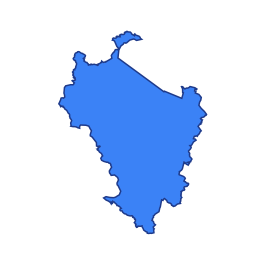 Arandas, Jalisco, Mexico, rotated 113°
{"feature_id": "50627088B62957650950334", "entity_name": "Arandas", "entity_type": "district", "adm_level": 2, "iso_a3": "MEX", "parent_name": "Mexico", "parent_adm1": "Jalisco", "projection": "equal_earth", "projection_center": [-102.317, 20.749], "detail": "fine", "context": "isolated", "style": "filled", "palette": "blue", "viewbox_px": 256, "rotation_deg": 113, "n_neighbors": 0, "source": "geoboundaries", "source_scale": "gbopen_adm2", "svg_char_len": 5749}
<svg xmlns="http://www.w3.org/2000/svg" viewBox="0 0 256 256"><g transform="rotate(113 128 128)"><path d="M216.1,81.3L215.8,80.9L215.3,81.2L215.1,80.6L214.7,80.5L214.8,80.3L214.2,80.0L213.8,78.5L212.8,77.0L213.0,77.0L214.7,74.7L215.8,73.7L216.4,71.2L216.4,69.6L217.3,69.2L217.0,67.7L216.2,66.5L215.8,65.2L214.3,63.2L211.5,64.7L210.6,64.4L210.2,65.4L209.2,66.1L206.4,64.9L205.9,66.5L205.5,67.0L204.2,68.0L203.6,69.9L202.6,69.7L201.7,70.1L200.2,69.6L199.0,70.3L197.9,69.6L196.9,69.5L192.9,66.8L189.1,67.5L188.1,67.4L181.0,69.0L181.0,67.5L180.0,67.5L178.7,67.0L178.7,66.5L179.2,65.6L179.4,64.2L180.8,62.8L181.0,60.8L180.7,60.2L180.8,59.1L181.3,58.1L181.7,58.1L182.1,57.6L182.0,56.4L182.3,56.2L182.5,55.6L181.4,54.2L178.7,52.8L176.9,50.2L176.1,51.1L174.9,50.9L174.5,51.2L173.6,51.2L172.6,51.8L170.9,51.3L170.5,52.2L169.5,53.0L168.8,52.8L168.3,53.5L166.8,53.5L165.8,54.4L165.3,54.2L164.8,53.4L163.8,53.1L163.6,52.2L162.9,51.8L162.3,51.9L161.4,53.1L160.1,53.1L158.6,50.8L157.9,50.9L157.2,50.3L155.8,50.3L155.3,51.4L155.9,52.0L155.4,53.5L155.0,54.1L155.2,54.8L155.0,55.8L151.9,55.6L151.2,56.8L150.9,58.2L151.0,62.7L150.3,63.1L148.9,63.2L148.3,63.7L145.9,62.3L144.3,62.0L137.5,63.1L137.6,62.2L138.4,61.8L138.2,60.8L138.6,59.7L138.5,58.9L138.7,58.1L136.2,57.7L136.3,59.6L134.4,57.1L133.6,57.3L131.6,57.0L130.6,58.8L130.3,59.8L129.9,60.3L128.8,60.7L128.7,61.0L127.2,61.3L126.4,62.7L125.5,63.3L122.8,62.3L121.3,62.2L120.9,62.4L120.0,64.1L119.5,63.1L118.7,62.7L115.3,62.3L112.6,60.6L112.0,61.6L112.3,63.6L109.8,63.7L109.4,63.2L109.4,62.9L108.5,62.0L108.6,61.0L106.5,60.7L105.5,60.1L103.4,60.1L102.0,59.5L99.5,63.6L99.0,63.8L99.0,64.1L97.8,63.9L95.7,62.4L95.6,63.2L93.7,62.4L93.6,62.9L91.5,62.7L91.7,63.8L90.9,64.9L90.3,64.3L89.7,64.5L89.2,63.6L88.1,62.4L86.4,61.7L86.1,61.8L85.8,61.1L84.8,61.0L82.9,64.2L81.3,68.3L79.4,71.6L76.2,72.2L73.9,71.9L71.2,72.5L69.4,75.9L69.5,79.7L67.8,79.8L67.9,81.2L65.9,81.5L65.9,79.9L65.2,79.8L64.8,82.2L65.6,87.1L66.8,87.6L68.0,88.7L68.4,89.8L69.8,90.9L69.3,92.6L69.1,92.9L69.2,93.3L68.7,93.6L68.8,94.6L69.0,94.9L70.6,93.1L74.1,91.5L74.0,90.8L79.7,90.1L79.9,108.9L80.6,109.1L67.5,164.6L59.8,166.9L55.3,166.6L52.7,165.1L51.4,165.0L50.7,164.0L50.8,163.3L50.2,162.6L46.4,160.7L44.0,157.8L43.7,156.5L44.0,155.1L44.0,154.3L41.0,150.1L40.7,151.4L39.6,152.6L39.2,153.7L39.4,157.4L38.7,158.5L39.1,158.7L40.5,158.2L40.1,161.2L39.5,161.8L38.8,163.3L39.6,165.8L39.4,166.7L40.0,166.9L40.7,168.1L41.3,168.3L41.4,168.0L41.9,168.4L42.3,168.0L43.2,168.2L43.9,169.0L44.2,170.5L44.9,171.4L45.3,171.2L45.8,171.9L46.7,171.2L46.6,171.8L47.2,172.2L47.5,172.0L47.7,173.1L48.2,173.4L47.8,174.0L48.4,174.5L49.3,173.9L49.6,174.0L50.4,174.9L50.9,176.7L51.9,177.0L52.4,176.5L53.2,176.7L53.0,175.0L53.6,174.0L57.4,170.0L57.6,169.2L58.1,168.8L58.1,168.1L58.8,167.8L58.8,167.4L59.9,167.6L60.4,169.7L61.0,170.3L63.3,170.4L63.5,170.7L64.4,170.9L64.8,171.2L67.7,171.7L70.2,170.1L75.1,173.8L75.4,174.3L76.1,174.3L76.5,175.4L77.3,176.4L76.7,178.4L78.2,178.1L78.5,178.7L79.7,179.2L80.8,180.5L81.3,180.1L81.9,180.2L81.9,180.8L82.3,180.9L82.0,181.7L82.5,183.2L82.5,184.0L83.7,185.8L83.5,186.4L83.9,187.2L84.4,187.1L84.6,188.0L85.5,188.8L85.5,189.1L84.5,189.7L84.3,190.6L83.7,191.4L84.0,192.4L83.6,194.5L83.1,194.4L82.9,194.9L82.1,195.0L81.5,196.3L81.1,196.2L80.5,195.2L79.7,195.6L78.9,195.3L77.9,195.5L77.7,196.0L77.4,196.7L77.5,197.9L77.1,198.8L77.4,200.2L76.9,202.7L77.1,203.5L77.6,204.2L78.2,204.2L79.6,205.6L81.1,205.8L81.9,205.3L82.4,205.5L83.6,204.9L84.8,205.5L85.7,205.5L86.8,203.7L86.4,203.1L86.5,202.7L87.9,201.7L88.4,200.7L89.7,200.2L92.5,200.0L93.0,199.6L94.6,200.1L95.1,199.9L95.1,200.5L95.7,200.9L96.7,200.5L97.8,200.5L98.0,200.9L98.5,200.7L98.7,199.6L99.7,199.7L99.9,199.4L100.4,199.5L100.7,198.9L101.2,199.1L102.0,197.5L102.6,197.8L102.6,196.7L103.1,197.0L103.2,196.0L103.6,196.0L104.2,195.3L105.1,195.9L106.0,197.7L106.3,197.9L107.4,195.1L107.8,195.4L108.7,195.1L109.7,195.5L110.5,197.6L113.5,201.8L115.6,202.3L120.9,200.6L122.2,199.5L124.2,198.3L125.7,199.0L125.7,199.5L126.0,200.5L126.7,201.3L128.5,201.0L132.8,201.1L133.5,199.6L134.0,199.1L133.8,198.7L134.6,198.3L134.1,197.9L134.0,197.1L133.6,197.1L133.4,196.3L133.8,196.1L133.9,195.4L134.3,195.4L134.4,194.3L135.2,193.6L135.7,191.3L137.8,188.6L138.0,187.5L138.8,186.8L140.2,186.3L141.0,185.5L141.6,185.2L142.4,183.6L143.3,182.7L145.8,182.7L148.1,181.3L148.7,181.4L148.2,178.9L147.9,178.6L147.2,176.0L147.4,174.5L147.1,172.4L146.0,173.0L144.5,173.1L143.8,172.8L141.9,167.8L141.6,164.8L143.6,162.4L144.8,160.6L149.1,160.1L150.0,159.6L150.1,158.3L150.4,157.3L153.7,151.4L156.9,149.9L156.8,148.7L155.7,147.1L155.8,146.6L156.0,146.5L156.7,146.9L156.6,147.7L157.5,147.5L158.2,147.8L158.4,147.5L159.1,147.7L159.5,148.2L159.8,147.2L160.2,147.3L160.4,146.1L161.3,144.9L161.9,142.4L163.0,141.2L163.4,141.0L163.4,140.6L163.7,140.5L163.8,140.7L166.5,141.2L168.0,139.7L168.2,137.3L167.8,133.9L167.4,133.2L167.4,132.7L167.8,131.9L167.5,130.8L168.2,129.6L168.7,129.6L170.4,127.8L174.9,128.4L176.6,127.4L177.0,126.6L178.2,125.0L176.5,122.0L177.6,118.2L179.5,116.5L183.0,116.6L184.3,115.9L184.7,115.5L184.8,114.8L189.0,110.0L192.9,109.9L196.7,112.6L197.8,114.1L199.0,117.5L199.8,121.4L201.9,123.1L202.9,120.0L202.9,117.5L203.4,115.2L204.4,113.8L203.3,113.9L203.4,112.9L202.9,113.0L202.6,113.5L202.6,113.0L201.5,113.2L201.9,112.5L201.5,111.9L202.2,110.5L202.8,108.5L203.7,107.9L203.4,106.6L203.7,105.6L203.5,105.4L204.6,102.9L205.3,103.6L206.3,103.5L207.0,103.0L207.1,102.3L206.7,101.5L206.7,100.8L207.6,100.0L208.3,97.9L208.0,96.1L208.4,95.3L208.5,94.3L208.1,91.7L207.2,90.1L207.2,89.6L207.8,88.6L208.1,89.0L208.4,88.7L208.3,87.0L208.7,86.4L209.2,86.5L209.5,86.1L209.4,85.4L210.8,84.8L212.7,85.2L213.2,83.5L213.8,83.4L213.9,82.9L215.1,82.8L216.1,81.3Z" fill="#3b82f6" stroke="#1e3a8a" stroke-width="1.5"/></g></svg>